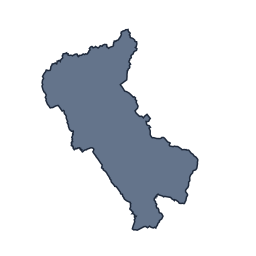 Det Khi Na, Mandalay, Myanmar, rotated 55°
{"feature_id": "60261553B61671453611956", "entity_name": "Det Khi Na", "entity_type": "district", "adm_level": 2, "iso_a3": "MMR", "parent_name": "Myanmar", "parent_adm1": "Mandalay", "projection": "orthographic", "projection_center": [96.227, 19.679], "detail": "fine", "context": "isolated", "style": "filled", "palette": "slate", "viewbox_px": 256, "rotation_deg": 55, "n_neighbors": 0, "source": "geoboundaries", "source_scale": "gbopen_adm2", "svg_char_len": 5834}
<svg xmlns="http://www.w3.org/2000/svg" viewBox="0 0 256 256"><g transform="rotate(55 128 128)"><path d="M168.2,172.3L169.3,171.2L175.9,171.1L176.7,171.2L177.2,171.6L177.8,171.7L178.3,171.4L179.1,170.6L180.7,171.4L183.1,171.4L183.2,171.6L184.2,171.7L186.8,170.9L190.3,168.8L191.0,169.3L191.5,169.1L192.2,170.0L193.8,170.9L194.3,171.4L195.3,172.9L195.9,173.0L196.7,172.8L197.1,172.4L198.4,172.5L199.8,172.1L200.1,172.5L200.5,173.7L200.7,173.3L201.6,172.7L203.0,172.4L203.4,172.9L204.0,172.9L205.0,171.8L205.2,172.2L204.5,173.2L204.5,173.8L206.2,174.0L206.7,175.0L206.7,175.4L208.6,176.2L211.1,179.8L213.1,182.3L214.7,181.8L215.5,180.4L217.0,179.0L217.9,172.4L217.9,171.6L218.9,169.9L220.9,169.2L220.8,166.6L222.6,166.0L224.4,164.6L224.6,163.2L225.9,162.6L225.2,161.7L224.4,159.6L223.3,158.2L222.8,156.0L221.9,155.4L221.8,152.5L220.3,149.9L217.6,149.6L217.0,149.7L215.4,150.9L213.3,150.2L212.7,149.7L212.1,149.7L211.6,149.5L210.8,149.5L209.9,150.3L207.8,149.5L207.3,148.5L206.9,148.2L206.2,148.3L205.5,148.5L204.0,147.7L202.1,147.9L200.7,146.7L200.7,146.1L201.1,145.2L199.9,144.6L199.9,144.3L200.6,143.6L199.4,142.5L199.4,141.3L200.2,141.3L203.7,138.6L204.8,138.4L205.1,137.1L209.3,132.9L211.3,132.7L213.1,131.8L214.0,131.7L213.5,130.9L214.5,130.1L217.3,129.1L218.8,129.2L219.4,128.8L220.1,128.0L221.1,126.3L222.1,125.5L221.9,124.5L221.0,123.3L220.7,122.3L218.0,119.6L217.5,118.1L216.8,117.5L216.2,117.3L213.3,117.4L212.0,116.5L211.3,114.6L211.1,113.2L209.9,111.4L207.1,109.3L206.8,107.9L206.5,107.5L204.1,106.0L203.5,105.4L202.3,103.4L201.8,100.8L200.8,99.9L200.5,99.3L200.5,98.5L201.1,96.7L200.6,95.1L200.1,94.4L198.2,92.6L197.2,91.6L195.7,90.7L194.8,89.6L193.7,88.9L190.9,89.0L188.9,89.9L186.8,89.9L184.8,90.7L181.3,90.9L180.8,91.1L179.8,92.6L179.0,92.8L178.8,93.4L178.1,94.0L176.7,96.3L175.5,96.4L171.7,97.9L170.5,99.5L169.5,100.4L169.2,101.7L167.1,103.8L166.5,104.1L165.7,104.0L165.1,103.4L164.6,102.2L164.2,102.1L162.2,103.5L157.4,103.9L156.2,104.3L155.2,105.6L155.4,106.3L155.1,107.8L153.0,110.6L150.8,112.4L150.3,113.0L149.9,113.8L147.6,113.9L146.1,113.6L143.0,111.4L140.1,110.8L140.3,109.2L138.2,109.3L137.0,110.4L135.9,110.7L133.0,109.4L133.8,108.6L134.3,107.2L134.1,106.7L133.4,105.6L133.0,104.3L127.7,104.6L127.9,107.7L128.5,109.6L126.2,110.0L125.8,110.9L125.3,111.3L125.1,111.9L120.3,112.8L118.0,112.4L117.2,108.8L115.8,107.2L111.7,106.6L110.4,105.2L109.8,105.6L108.7,105.7L107.6,104.6L105.9,105.1L105.8,106.0L103.1,106.4L100.2,107.0L97.6,108.2L95.8,109.6L93.5,109.4L90.0,109.3L88.9,109.6L88.0,109.4L87.8,101.4L85.1,99.2L83.5,98.1L81.3,96.1L80.8,96.0L80.8,95.2L79.8,93.9L79.8,92.7L79.6,92.1L78.8,91.4L77.9,91.3L77.1,90.2L77.3,89.4L76.5,89.2L74.9,89.4L74.1,89.1L73.6,88.4L73.3,87.6L72.5,87.0L72.4,85.4L72.1,84.8L70.7,84.3L70.3,83.8L70.3,82.9L70.1,82.2L70.3,81.3L69.8,80.8L69.0,79.5L69.0,77.7L69.3,76.6L68.2,75.2L66.2,75.8L66.1,74.7L64.2,72.5L62.3,71.5L61.8,72.2L61.0,72.6L59.9,72.1L58.0,72.5L57.0,72.9L55.4,74.2L55.0,74.2L53.7,73.4L52.5,73.5L51.9,72.1L51.1,71.8L50.4,71.9L50.0,72.3L48.9,72.2L48.2,72.0L47.7,71.6L47.3,71.5L47.3,71.8L46.2,73.4L46.3,74.7L45.6,76.8L45.7,77.7L45.5,78.4L46.5,79.5L47.2,79.5L47.8,80.0L48.7,81.4L49.0,82.4L49.4,82.7L49.4,83.5L50.1,84.9L50.2,85.8L49.7,87.5L50.0,88.1L49.8,88.6L49.4,88.7L49.0,89.3L49.6,89.6L49.5,90.3L50.0,91.0L50.6,91.3L51.3,92.2L52.0,92.5L52.4,93.6L51.6,96.1L51.5,98.3L50.1,98.3L49.3,98.9L47.9,97.8L47.4,97.7L46.0,99.4L45.7,101.5L46.2,102.3L44.7,103.6L45.2,104.9L45.3,106.6L42.6,107.9L42.9,108.4L42.3,110.6L41.2,110.6L40.5,110.8L40.2,112.3L40.8,114.1L41.3,114.0L42.3,114.3L42.6,116.2L43.5,117.0L43.4,117.6L43.9,118.4L43.9,119.3L42.9,120.2L42.9,121.4L41.7,122.2L41.6,123.1L41.8,124.4L40.5,126.3L41.2,127.3L41.1,127.8L39.1,127.7L38.5,127.3L38.0,127.6L37.7,128.0L37.2,129.2L37.0,132.1L36.4,132.3L35.4,133.3L35.0,134.3L33.9,135.2L32.8,134.5L31.7,135.7L31.2,135.3L30.9,136.9L30.1,138.4L30.1,138.8L30.9,139.5L31.2,140.5L32.7,141.0L33.3,141.6L33.3,142.7L33.7,144.2L34.6,145.3L33.4,145.3L33.0,146.1L33.2,146.9L32.6,147.6L34.6,149.6L34.4,149.9L33.0,150.3L33.0,150.9L32.7,152.3L32.1,153.3L33.0,154.6L33.5,155.9L35.4,157.7L36.1,158.7L35.0,160.7L34.0,161.2L33.6,161.8L34.6,163.1L35.3,165.5L36.8,168.5L37.9,168.5L39.0,168.8L39.4,169.6L39.7,170.5L41.8,172.5L43.5,172.9L44.3,174.4L46.2,175.1L48.3,175.8L49.2,175.8L50.0,176.2L50.8,175.8L54.0,176.0L54.7,176.7L55.0,177.5L55.6,178.3L56.4,178.3L56.9,178.2L57.4,178.3L58.3,179.4L62.3,180.3L65.5,180.1L66.4,180.3L67.0,180.1L67.2,179.4L68.1,177.9L68.5,174.3L69.2,173.0L69.3,172.4L69.9,172.2L76.4,172.2L76.7,170.7L77.3,170.6L78.1,170.9L78.4,171.3L80.0,171.9L81.0,171.6L83.0,171.8L84.4,172.9L88.1,173.7L88.5,174.7L88.8,174.8L90.4,174.8L90.8,175.1L91.2,175.0L92.5,175.9L95.9,176.8L97.1,176.2L98.1,176.3L99.0,175.5L98.9,174.7L99.4,174.7L100.8,176.0L100.9,176.5L101.7,176.7L101.6,177.1L102.3,177.5L103.5,179.5L104.7,179.5L105.2,180.3L105.7,180.2L106.0,180.7L107.4,181.2L107.1,182.0L107.7,183.1L108.3,182.9L109.1,183.4L109.5,184.3L109.9,184.5L110.5,184.2L110.8,183.7L111.1,183.9L111.6,183.8L111.8,184.0L112.2,183.8L112.6,183.9L113.1,184.5L114.8,184.5L114.6,184.1L115.0,183.2L114.8,182.4L115.3,182.2L115.6,182.0L115.7,181.5L115.6,180.3L116.1,180.0L116.2,179.5L116.4,179.0L117.2,179.1L117.5,178.7L118.2,179.4L118.5,179.2L118.9,178.5L119.2,178.4L119.2,179.2L120.4,179.0L121.1,179.2L121.5,179.0L121.2,176.9L121.4,175.6L122.1,174.4L121.8,173.5L122.4,171.9L122.9,169.6L123.5,169.1L123.7,168.7L125.0,168.1L125.9,168.2L127.1,169.7L127.2,170.3L127.9,170.5L131.2,170.5L132.2,170.3L132.9,170.6L136.2,170.4L141.3,170.5L143.2,170.3L144.3,171.0L145.0,172.1L145.5,172.5L146.4,172.2L146.9,171.8L147.4,171.7L147.8,172.2L148.3,172.2L150.5,171.4L152.3,171.2L155.0,171.5L156.5,171.4L156.9,171.6L158.3,171.5L158.6,171.8L159.4,172.0L160.9,171.8L162.5,172.6L163.0,172.5L163.4,172.6L164.1,172.4L168.0,172.1L168.2,172.3Z" fill="#64748b" stroke="#1e293b" stroke-width="1.5"/></g></svg>